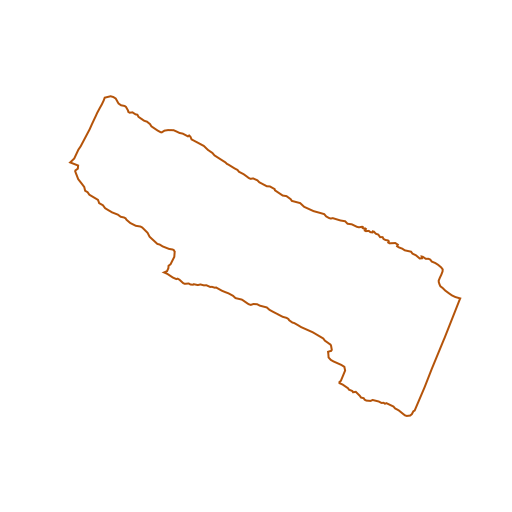 outline of Kimvula, Bas-Congo, Democratic Republic of the Congo, rotated 294°
{"feature_id": "63176286B83971453832478", "entity_name": "Kimvula", "entity_type": "district", "adm_level": 2, "iso_a3": "COD", "parent_name": "Democratic Republic of the Congo", "parent_adm1": "Bas-Congo", "projection": "equal_earth", "projection_center": [16.045, -5.418], "detail": "fine", "context": "isolated", "style": "outline", "palette": "amber", "viewbox_px": 512, "rotation_deg": 294, "n_neighbors": 0, "source": "geoboundaries", "source_scale": "gbopen_adm2", "svg_char_len": 4429}
<svg xmlns="http://www.w3.org/2000/svg" viewBox="0 0 512 512"><g transform="rotate(294 256 256)"><path d="M339.1,53.4L336.1,53.6L331.8,53.5L327.6,53.1L322.0,52.7L318.9,52.7L314.9,52.6L309.7,52.5L304.1,52.5L284.8,51.2L281.0,50.5L271.1,50.3L265.9,48.2L266.3,56.7L263.9,57.5L263.3,57.7L260.7,56.2L260.3,56.3L259.8,56.4L258.7,57.5L258.0,58.1L257.9,58.3L253.9,62.3L252.3,65.3L251.4,67.0L249.2,71.0L246.1,73.4L245.8,76.2L244.2,78.8L243.0,88.8L241.8,90.0L240.5,91.2L240.1,95.5L238.3,98.7L237.8,102.5L237.6,104.4L237.6,104.6L237.3,106.6L237.6,113.0L236.8,116.4L237.2,118.3L237.5,119.8L237.4,120.7L237.4,121.5L236.9,122.2L236.4,123.0L235.0,127.7L234.7,133.9L235.9,138.4L235.8,140.2L235.8,140.3L235.2,142.0L233.1,147.5L231.0,150.1L230.3,151.0L229.3,153.9L228.3,156.9L227.2,160.1L226.9,161.0L227.3,163.3L226.8,166.8L227.0,171.5L227.1,173.7L227.5,175.2L228.0,177.1L228.0,178.4L227.1,179.6L227.0,179.9L222.0,181.7L213.7,181.3L211.5,180.1L209.2,180.9L206.0,180.9L203.6,178.7L203.6,182.3L202.6,188.2L202.5,188.8L202.5,192.6L203.4,193.6L203.3,194.7L203.2,195.8L202.9,196.6L201.6,200.5L201.6,202.2L203.5,205.7L203.3,207.7L203.7,208.9L204.2,210.2L204.7,210.5L204.9,210.6L205.8,214.7L207.4,216.8L208.0,220.4L209.1,222.6L209.1,226.7L209.9,228.3L210.3,231.4L210.8,232.1L211.0,232.3L210.4,239.1L210.5,242.6L210.7,246.0L210.3,251.2L209.2,254.4L210.4,260.7L210.2,262.2L209.2,267.5L209.0,268.8L209.0,269.1L209.2,271.1L211.1,273.2L212.4,276.7L212.2,279.7L213.4,286.8L212.3,290.2L212.0,293.7L211.3,305.1L211.9,309.1L211.6,311.3L210.8,312.4L210.0,316.3L210.3,318.2L209.9,322.3L209.4,326.1L209.4,332.5L209.4,338.8L208.0,351.0L206.7,353.3L205.3,360.2L204.5,361.1L201.1,363.4L199.8,363.2L199.4,362.6L197.8,360.8L195.8,362.0L192.8,363.6L191.5,366.6L191.2,369.6L191.2,373.8L191.2,378.2L190.7,381.8L187.6,384.0L184.4,384.1L180.4,384.2L176.5,384.3L174.7,383.5L174.3,383.8L173.8,384.0L173.8,387.4L172.6,393.9L172.1,394.7L171.7,395.3L171.8,397.1L171.8,399.0L171.0,400.1L172.5,402.4L170.5,407.7L169.4,409.5L169.9,412.2L168.9,413.7L168.9,413.8L168.8,415.6L170.2,419.6L171.2,420.5L171.4,420.7L171.9,421.1L172.7,425.6L173.0,427.3L172.8,430.3L173.1,431.0L173.8,432.3L173.5,433.9L174.6,435.0L174.4,442.8L173.3,445.1L173.2,447.2L173.0,449.3L171.6,454.5L171.0,456.9L171.2,458.8L172.1,460.3L172.9,461.7L174.9,462.7L178.1,462.9L179.4,463.8L179.6,463.8L204.7,463.4L224.1,462.5L256.3,461.6L257.6,461.6L285.5,460.4L299.1,459.8L300.3,459.8L299.6,454.8L299.7,451.0L300.4,447.4L301.4,442.9L302.7,439.5L303.3,436.8L304.7,435.2L306.6,433.5L307.9,432.9L311.1,432.8L314.1,432.9L317.8,432.7L319.7,432.0L320.9,429.8L322.0,426.0L322.5,422.6L322.4,418.8L323.2,417.4L323.6,416.6L323.6,414.7L322.7,412.7L322.5,412.2L322.8,410.5L323.1,408.8L323.1,408.7L322.9,407.5L321.4,408.5L320.3,406.6L321.7,401.8L321.8,398.0L323.0,395.9L321.7,389.6L322.2,386.5L322.1,385.4L322.0,382.8L322.3,380.9L324.0,381.0L324.5,378.0L321.9,372.8L321.9,372.6L322.0,372.5L322.1,371.3L323.5,371.3L323.9,370.2L323.5,368.7L323.3,367.7L323.4,365.6L324.7,364.0L323.7,361.7L323.9,361.4L325.3,359.0L325.1,356.4L326.2,353.8L326.1,353.5L326.0,352.7L324.9,352.8L324.3,350.8L324.8,348.8L323.4,346.3L323.5,345.1L325.4,345.4L325.6,344.5L325.5,344.3L324.8,343.1L324.9,342.7L325.0,342.0L325.6,341.9L325.9,341.8L325.9,341.1L324.1,338.4L323.7,336.3L323.9,330.6L323.1,327.9L322.7,326.5L324.0,323.3L322.8,318.7L321.8,310.7L321.0,309.6L320.7,309.2L320.6,308.9L320.4,307.3L320.7,304.0L322.0,301.3L321.5,297.6L320.4,290.3L320.5,280.0L322.3,274.8L322.1,273.7L320.9,266.3L322.0,264.6L323.1,259.5L322.1,255.8L323.7,246.6L324.7,245.8L325.2,240.4L324.1,237.5L324.7,229.0L325.7,226.5L325.7,221.8L324.5,220.0L324.3,219.6L324.3,217.7L324.9,215.2L325.7,211.4L326.0,206.6L326.0,206.2L327.1,204.1L327.3,200.8L328.3,193.4L328.3,192.1L329.1,189.9L329.5,187.1L330.6,179.9L330.9,178.0L331.0,177.2L331.8,175.5L332.4,174.3L333.3,169.2L334.1,166.9L335.3,163.7L336.3,149.7L336.8,149.2L337.6,148.3L338.0,147.9L338.2,147.7L338.5,147.0L338.9,145.9L337.6,145.2L338.0,139.3L337.3,136.1L337.4,132.8L337.4,129.5L335.8,125.8L335.3,124.5L333.3,121.4L330.6,119.6L330.3,118.5L330.6,115.0L331.9,107.7L333.4,105.5L333.7,104.3L334.3,102.0L334.4,101.7L334.2,100.3L334.1,98.8L334.1,98.6L335.3,92.1L336.8,90.2L336.8,89.9L336.4,88.4L336.8,85.7L336.9,85.1L337.0,84.8L335.5,82.2L335.8,80.6L336.7,80.1L339.3,76.6L339.6,75.1L339.5,74.4L338.8,71.4L339.4,68.4L340.4,67.0L341.1,66.1L342.8,63.8L343.2,61.0L342.8,58.2L339.1,53.4Z" fill="none" stroke="#b45309" stroke-width="2"/></g></svg>